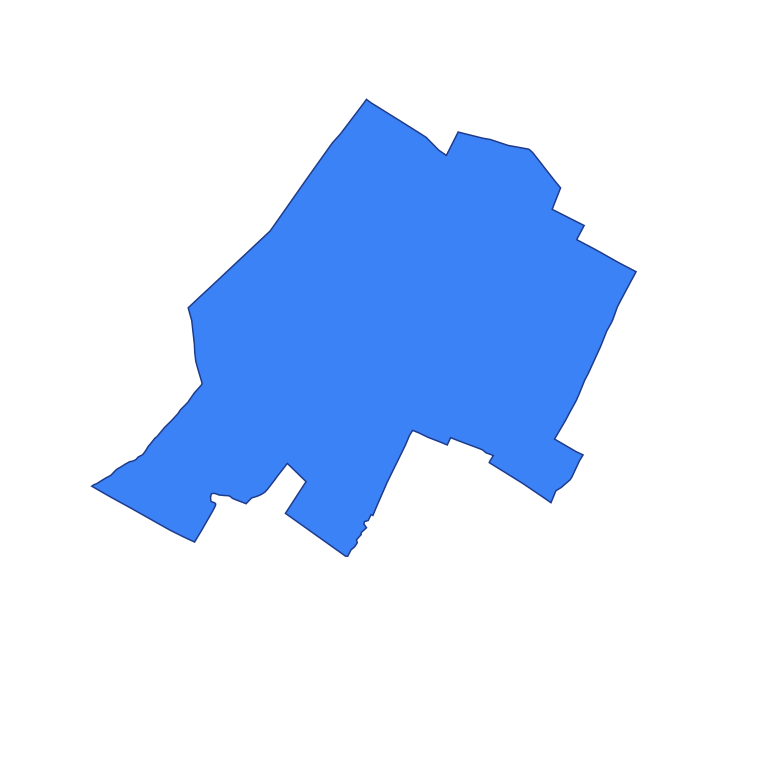 the district of Smulti, Galati, Romania, rotated 42°
{"feature_id": "2599482B3496454590613", "entity_name": "Smulti", "entity_type": "district", "adm_level": 2, "iso_a3": "ROU", "parent_name": "Romania", "parent_adm1": "Galati", "projection": "mercator", "projection_center": [27.744, 45.908], "detail": "fine", "context": "isolated", "style": "filled", "palette": "blue", "viewbox_px": 768, "rotation_deg": 42, "n_neighbors": 0, "source": "geoboundaries", "source_scale": "gbopen_adm2", "svg_char_len": 3014}
<svg xmlns="http://www.w3.org/2000/svg" viewBox="0 0 768 768"><g transform="rotate(42 384 384)"><path d="M235.2,655.5L246.1,653.2L257.0,650.8L280.4,645.3L307.7,639.2L323.3,635.7L336.9,631.9L349.0,628.2L346.2,613.9L344.5,606.1L341.7,593.1L340.7,589.1L340.0,586.9L339.4,586.5L339.4,586.0L339.0,585.7L338.6,585.6L337.6,585.7L336.8,585.9L336.0,586.3L335.5,586.6L334.9,586.7L334.3,586.8L333.7,586.8L331.9,585.2L331.4,584.7L331.1,584.4L330.8,584.2L330.5,584.0L330.5,583.9L330.6,583.6L330.4,583.2L329.4,581.7L329.3,581.2L329.3,580.9L330.1,579.8L330.8,579.0L332.9,577.9L333.6,577.6L335.0,577.1L335.6,576.9L336.4,576.4L337.2,575.7L338.8,574.6L339.3,574.2L340.1,573.6L342.9,571.3L344.7,570.5L346.3,570.4L347.7,570.4L350.2,569.6L360.9,565.5L361.6,565.3L361.8,558.3L362.1,556.9L365.1,551.8L366.2,549.4L367.1,546.8L367.8,544.3L367.9,540.5L366.9,527.5L366.5,524.5L365.3,507.7L391.4,508.7L397.3,546.1L405.0,545.2L470.6,537.7L472.3,536.3L470.5,529.4L471.1,524.5L470.4,519.9L467.8,518.1L467.8,511.2L466.5,509.6L467.2,502.5L462.7,501.5L461.6,499.2L463.6,496.0L461.8,489.7L463.4,489.1L463.7,489.1L460.2,479.1L452.7,456.6L452.3,455.5L440.8,415.0L437.4,405.3L436.3,399.3L442.4,397.1L452.6,394.1L465.5,389.2L471.8,387.0L469.4,379.3L477.5,376.3L499.6,367.6L500.8,367.2L501.3,367.0L505.7,366.9L513.1,364.0L514.4,371.1L514.9,371.7L514.9,372.0L553.4,365.1L575.7,362.0L587.5,360.5L586.7,358.2L583.7,349.8L583.2,348.2L585.0,342.1L585.2,340.3L585.5,337.8L586.4,330.8L585.9,327.5L580.7,310.4L579.4,303.5L571.7,305.8L547.6,310.8L543.3,289.8L540.9,280.3L539.5,274.3L538.1,268.3L536.0,261.7L530.7,247.1L528.6,239.0L519.9,211.3L514.0,195.3L512.2,187.2L511.1,183.4L508.8,177.7L505.8,170.5L504.9,167.0L504.0,163.5L499.0,143.4L496.2,131.9L483.4,135.2L475.4,137.2L451.6,142.5L445.2,144.1L439.8,145.5L430.6,147.8L426.7,132.3L392.1,141.7L384.0,120.1L383.2,120.0L375.9,118.9L372.9,118.4L360.3,116.2L355.8,115.4L355.5,115.3L339.5,112.5L336.0,112.5L334.3,112.7L317.3,123.2L316.9,123.5L299.3,131.2L293.0,135.2L270.8,147.0L270.5,147.1L277.4,172.4L268.2,173.6L255.4,172.8L250.3,172.5L243.5,173.6L214.8,178.6L186.2,183.7L180.5,184.2L180.8,186.6L181.9,199.0L182.1,201.6L183.9,222.9L184.2,226.4L184.3,228.0L184.3,230.4L184.3,235.2L184.3,237.2L184.3,239.3L185.0,245.6L189.2,282.1L191.6,301.9L193.1,314.2L194.6,326.4L195.2,331.5L197.0,346.4L190.1,428.5L188.8,442.5L187.5,458.4L195.0,463.2L195.8,463.7L198.2,465.2L198.8,465.6L207.4,473.3L216.2,481.1L222.6,487.5L225.7,490.2L228.7,492.9L235.2,497.1L247.9,504.9L248.7,505.8L249.0,507.2L249.0,507.7L249.0,517.3L250.1,526.2L250.5,528.8L250.0,539.3L250.7,543.9L250.6,553.2L250.0,562.9L250.2,567.3L250.3,570.9L250.5,575.4L250.0,577.2L250.5,585.4L250.5,587.9L251.6,593.7L251.8,596.3L251.9,598.2L250.2,602.6L250.2,606.2L249.4,608.2L249.0,609.1L248.5,609.9L247.0,611.9L245.8,615.4L245.2,617.0L244.7,619.0L243.9,621.8L243.4,623.3L242.8,625.0L242.4,627.0L242.3,627.8L242.1,634.7L240.1,640.1L238.6,645.2L237.2,650.2L236.5,651.6L235.8,653.0L235.5,654.3L235.2,655.5Z" fill="#3b82f6" stroke="#1e3a8a" stroke-width="1.5"/></g></svg>